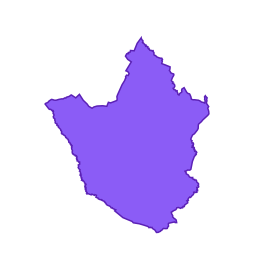 outline of Phanat Nikhom, Chon Buri, Thailand, rotated 199°
{"feature_id": "78962969B17993818596580", "entity_name": "Phanat Nikhom", "entity_type": "district", "adm_level": 2, "iso_a3": "THA", "parent_name": "Thailand", "parent_adm1": "Chon Buri", "projection": "orthographic", "projection_center": [101.233, 13.452], "detail": "fine", "context": "isolated", "style": "filled", "palette": "violet", "viewbox_px": 256, "rotation_deg": 199, "n_neighbors": 0, "source": "geoboundaries", "source_scale": "gbopen_adm2", "svg_char_len": 5735}
<svg xmlns="http://www.w3.org/2000/svg" viewBox="0 0 256 256"><g transform="rotate(199 128 128)"><path d="M144.9,217.5L146.9,211.0L147.3,203.0L150.9,202.1L150.6,200.6L152.3,199.4L151.7,198.5L153.4,197.7L153.8,195.1L150.6,192.8L146.4,191.6L148.6,181.4L146.6,181.3L144.7,179.9L144.9,177.7L146.6,177.5L147.0,175.6L146.3,174.7L146.6,173.6L146.6,171.9L147.7,167.0L148.7,155.8L148.7,154.0L147.6,151.7L147.6,150.3L152.6,146.1L154.9,145.9L155.1,141.6L159.1,140.8L164.4,138.7L167.1,136.8L168.4,135.0L172.2,135.7L174.5,137.4L179.3,139.6L184.9,144.0L187.2,139.5L192.3,140.8L192.9,140.3L193.8,138.8L196.3,137.0L196.5,136.1L197.7,135.8L198.8,134.4L200.3,133.9L202.6,132.6L205.1,130.8L206.8,130.3L208.6,130.3L209.7,130.1L211.5,127.7L212.2,125.9L213.7,124.7L214.2,123.7L208.9,120.2L208.1,120.1L207.1,120.5L205.5,119.7L205.0,120.1L204.5,120.1L204.1,119.7L204.4,119.5L204.5,119.1L203.8,118.6L203.5,117.3L203.1,117.3L202.2,116.2L202.1,115.5L202.4,114.6L201.8,113.8L201.8,113.4L200.0,112.7L199.9,111.7L198.8,110.5L198.8,109.8L198.4,109.1L197.0,108.7L196.7,108.9L196.1,107.5L195.7,107.8L195.0,107.2L194.5,107.2L194.4,106.5L194.0,106.4L194.0,106.1L191.2,104.7L190.7,103.7L190.3,103.7L189.4,102.8L189.3,101.5L188.8,101.4L188.4,100.8L187.4,101.0L186.8,100.5L185.0,100.2L183.7,98.7L183.2,98.9L182.0,98.0L180.9,97.8L180.7,97.2L180.1,96.9L179.7,96.0L179.2,95.2L178.4,95.3L178.3,94.9L177.6,94.7L177.3,94.0L176.8,94.1L176.3,93.8L176.5,93.5L176.2,93.1L175.6,93.2L175.1,93.0L175.3,91.7L174.8,91.6L174.6,90.1L173.0,88.3L173.1,87.6L172.6,86.3L172.1,86.1L172.0,85.7L171.6,85.4L171.0,85.6L170.6,85.1L169.4,85.0L168.7,84.4L168.2,84.5L168.2,85.0L167.5,84.8L166.8,84.0L167.0,83.5L166.6,83.1L166.7,82.2L165.8,81.9L166.0,81.3L165.6,81.1L165.4,80.4L164.9,80.6L163.5,79.7L163.2,79.8L163.3,80.1L162.7,80.0L162.9,79.6L162.4,79.2L161.9,78.2L163.0,76.8L162.5,76.3L162.2,75.6L162.3,74.5L161.3,73.5L161.0,73.5L159.7,72.8L159.8,71.4L159.1,71.3L158.4,70.3L158.4,70.0L157.9,69.7L157.6,68.9L158.0,68.9L158.1,68.5L157.9,68.1L157.4,68.1L157.7,67.7L156.7,67.3L156.6,66.5L155.9,65.7L155.4,65.7L155.4,65.4L155.7,65.4L155.7,65.2L155.0,64.7L154.9,63.6L154.3,63.9L154.0,63.5L153.7,63.7L153.5,63.3L152.9,63.5L151.7,62.7L151.2,61.9L150.8,61.9L150.4,61.5L149.9,61.5L149.5,61.0L150.0,60.9L150.1,60.5L149.7,60.1L149.4,59.2L149.9,58.9L149.7,58.6L149.2,58.6L149.3,57.9L149.0,57.4L148.6,58.0L148.2,57.8L148.0,56.7L148.2,55.8L147.4,55.7L147.3,54.5L147.1,54.4L147.0,54.7L146.6,54.5L146.2,53.7L145.5,53.5L145.3,53.1L145.5,52.8L145.2,52.8L145.2,52.4L144.1,52.9L141.0,52.8L140.6,53.7L137.8,53.4L137.6,54.2L135.9,54.1L135.8,52.1L133.3,51.9L133.1,51.4L131.8,51.2L130.1,51.3L129.9,51.6L129.5,51.6L129.1,51.5L129.0,51.1L126.2,50.9L126.1,50.4L125.0,50.0L124.9,49.7L124.3,49.6L123.7,48.8L123.1,48.5L121.5,48.2L120.3,48.3L119.0,47.9L117.9,47.0L117.1,47.1L116.8,47.4L116.1,46.9L112.9,46.6L113.6,45.3L103.6,41.6L93.7,41.0L92.1,40.1L86.2,41.1L82.0,41.3L77.3,41.4L76.1,41.0L75.7,40.6L74.5,41.4L74.2,41.2L72.9,41.8L72.5,41.2L71.9,40.9L69.4,40.3L67.1,38.5L65.6,39.1L63.6,41.0L63.6,41.7L62.8,42.3L61.9,44.5L59.3,45.2L58.2,45.8L58.1,47.5L57.7,48.4L58.7,50.5L58.5,51.2L53.5,54.3L52.6,53.9L51.2,54.4L52.5,56.7L54.1,57.4L55.1,57.5L55.7,58.0L56.8,58.4L57.2,59.7L58.9,61.2L59.7,62.5L58.5,63.7L58.4,64.3L56.3,66.2L55.9,67.3L55.9,68.4L54.7,69.2L52.0,69.2L51.5,70.2L50.6,70.2L50.2,70.6L50.2,71.1L50.5,71.5L50.3,71.9L49.2,72.1L49.3,73.7L47.2,76.7L47.6,77.7L48.5,78.3L47.9,78.6L47.4,79.3L48.1,79.8L47.9,81.3L47.2,82.8L46.5,82.6L45.8,83.6L45.4,85.1L44.7,86.0L44.4,87.7L45.0,88.6L44.5,89.0L43.2,89.0L42.2,89.5L41.9,89.8L42.7,90.7L41.8,91.4L43.0,92.4L43.0,92.6L42.5,92.8L43.6,94.2L42.4,94.7L42.0,95.4L42.5,96.3L43.1,96.5L42.9,97.5L43.3,98.4L45.3,99.3L45.8,99.8L45.9,100.3L46.7,101.0L47.8,100.5L48.2,101.0L48.5,100.7L49.8,100.8L50.7,102.2L51.2,101.6L51.6,101.9L52.9,101.6L54.1,101.8L55.6,103.2L58.1,103.7L58.6,104.9L59.2,105.0L60.0,105.7L58.7,106.6L58.1,107.6L55.8,108.3L55.1,109.4L56.2,117.3L56.0,122.8L55.2,124.2L55.6,125.0L54.9,125.4L55.5,126.5L55.0,127.1L55.5,127.8L56.3,128.2L57.0,128.2L57.2,127.7L57.4,127.7L57.8,128.3L57.6,129.0L58.6,129.2L58.5,130.0L58.7,130.4L59.3,130.5L59.2,131.1L59.8,131.1L60.1,130.6L60.5,130.8L61.3,130.7L61.2,131.8L60.8,132.1L61.4,132.5L61.1,133.0L60.7,133.0L61.0,134.0L60.8,134.2L61.5,135.1L62.6,134.8L62.6,135.2L63.5,136.0L63.3,136.8L64.0,137.0L65.0,137.8L65.0,139.3L64.7,142.4L63.3,144.2L61.7,148.8L61.5,150.4L62.5,153.8L62.5,154.7L60.6,158.0L60.1,159.6L56.7,165.9L56.1,167.7L57.2,170.2L59.1,172.8L58.7,174.5L62.0,177.0L62.2,179.4L62.9,180.6L63.0,182.3L64.8,183.2L65.4,183.7L65.8,182.4L65.1,181.2L64.8,179.8L63.8,178.8L63.7,176.6L65.5,176.7L66.9,176.4L68.4,177.0L70.4,177.2L74.6,176.3L75.5,175.9L77.4,175.8L78.7,178.0L80.5,180.0L81.0,180.3L82.5,180.2L83.9,180.7L88.1,184.4L89.7,182.4L89.6,181.2L88.9,179.8L88.9,179.4L90.3,177.5L90.5,175.8L91.7,176.0L92.2,177.0L93.4,178.3L93.7,179.2L94.8,178.6L95.4,179.4L97.2,179.3L98.2,180.2L97.6,180.6L97.3,182.7L98.0,184.0L99.2,184.6L99.4,185.1L100.4,184.7L100.5,186.2L101.5,186.3L102.5,187.1L102.4,190.2L101.9,192.6L102.1,193.6L102.5,194.0L104.0,193.8L104.6,194.1L105.4,194.0L106.8,195.4L107.6,195.8L107.5,197.3L108.1,199.5L117.1,199.9L117.3,202.5L118.1,203.0L117.7,204.0L118.8,205.0L120.3,204.5L122.6,204.5L124.2,204.7L125.5,205.5L126.5,205.3L127.3,205.7L128.0,207.7L129.2,208.6L129.4,209.2L129.9,208.8L130.0,209.0L130.6,209.1L130.7,208.9L132.7,208.6L133.3,209.3L134.1,209.4L134.1,209.8L134.4,209.6L134.9,209.9L135.5,210.4L135.4,210.9L135.8,211.1L135.8,211.3L136.7,211.2L136.9,211.4L137.6,211.1L137.5,211.6L137.9,212.1L138.1,211.8L138.9,212.0L139.1,212.4L139.4,212.3L140.7,213.2L141.5,213.2L141.9,213.5L141.7,213.6L141.7,214.0L142.0,214.1L142.4,215.5L144.3,216.3L144.2,216.6L144.6,216.8L144.9,217.5Z" fill="#8b5cf6" stroke="#5b21b6" stroke-width="1.5"/></g></svg>